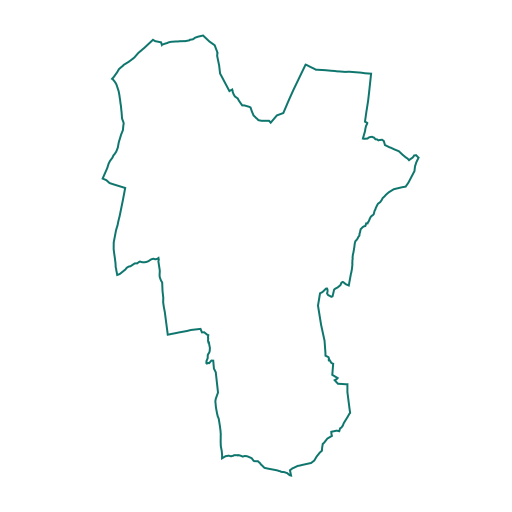 the district of "Evje og Hornnes" nor, Aust-Agder, Norway, rotated 93°
{"feature_id": "86288312B17252919876128", "entity_name": "\"Evje og Hornnes\" nor", "entity_type": "district", "adm_level": 2, "iso_a3": "NOR", "parent_name": "Norway", "parent_adm1": "Aust-Agder", "projection": "robinson", "projection_center": [7.751, 58.587], "detail": "fine", "context": "isolated", "style": "outline", "palette": "teal", "viewbox_px": 512, "rotation_deg": 93, "n_neighbors": 0, "source": "geoboundaries", "source_scale": "gbopen_adm2", "svg_char_len": 6067}
<svg xmlns="http://www.w3.org/2000/svg" viewBox="0 0 512 512"><g transform="rotate(93 256 256)"><path d="M374.2,290.1L394.3,286.8L400.7,288.7L403.2,289.0L409.1,288.1L410.5,287.8L415.1,286.7L418.2,285.8L420.0,284.9L420.9,284.6L427.5,283.2L432.9,282.2L433.6,282.2L435.3,281.9L443.0,281.6L446.6,281.3L448.1,281.1L452.6,280.0L456.7,279.4L459.8,279.3L459.4,278.7L457.5,275.9L457.1,273.9L456.8,273.0L457.3,270.6L457.3,270.3L456.9,269.4L456.8,268.5L456.2,267.7L456.0,266.9L456.0,265.6L455.9,263.9L456.1,263.6L455.8,263.3L455.8,262.7L456.4,260.4L457.0,258.8L456.3,256.7L456.4,254.7L456.7,253.6L458.1,249.8L460.7,247.6L461.0,246.5L460.9,244.1L460.8,243.4L462.9,240.9L463.8,240.3L465.2,238.6L467.1,236.5L467.7,232.9L468.9,224.1L469.1,223.1L469.5,221.9L469.7,220.5L470.2,219.6L470.3,218.7L470.3,216.9L470.4,216.3L471.2,213.4L471.9,212.6L473.1,210.9L473.4,209.5L468.2,210.9L466.8,209.2L466.3,208.7L465.8,207.8L465.6,207.3L463.4,203.3L463.2,202.1L462.8,200.7L462.4,199.5L459.8,190.1L457.2,187.1L453.0,184.9L452.2,184.3L450.0,182.7L449.2,182.2L447.0,180.0L443.9,179.9L440.1,179.5L439.8,179.1L439.0,178.3L434.6,175.2L431.7,170.8L429.1,171.5L427.6,171.6L426.3,166.7L426.2,166.1L426.6,163.7L423.7,163.0L422.8,161.7L421.8,161.1L420.8,160.4L418.5,159.7L414.8,157.7L412.1,156.2L408.7,154.5L407.8,153.8L401.5,155.0L387.1,157.6L379.3,158.0L379.4,158.9L379.3,163.6L379.3,167.5L375.9,170.9L374.7,169.0L373.6,168.1L370.7,173.6L359.6,173.3L359.5,173.8L358.6,175.4L357.7,176.0L357.4,176.0L356.5,176.8L356.0,177.1L356.5,177.7L356.4,177.8L356.1,177.9L355.8,177.7L355.6,177.8L355.4,177.6L355.2,177.6L354.9,177.8L354.4,177.8L353.2,178.4L351.9,181.4L349.1,181.6L337.1,183.1L321.3,187.4L302.3,191.5L289.9,190.1L288.7,188.0L288.1,187.3L284.9,184.4L284.8,184.1L284.8,183.3L286.1,182.8L287.8,182.7L289.6,183.1L291.3,181.9L292.0,180.2L292.8,178.7L292.3,177.5L289.4,176.9L285.8,176.3L285.1,175.9L284.4,175.0L283.1,172.8L280.6,170.1L278.4,169.4L277.4,168.2L277.5,167.6L277.9,167.0L279.5,164.8L280.6,161.8L268.3,160.2L267.2,159.9L265.7,159.8L264.9,159.6L261.7,159.4L259.4,159.3L258.1,159.5L258.0,159.4L255.3,159.5L253.4,159.3L252.5,159.5L249.5,159.3L247.4,158.9L245.6,158.7L245.2,158.6L243.5,158.5L242.2,158.3L238.1,158.0L236.0,157.5L234.2,156.0L232.9,155.3L231.8,154.9L230.2,153.8L228.4,153.8L227.1,153.4L223.8,152.9L222.7,151.9L221.6,151.0L220.7,149.7L220.4,148.4L219.0,148.0L217.7,147.7L217.6,146.3L216.9,146.2L216.5,146.0L216.4,145.8L215.8,145.4L214.8,145.0L214.4,144.9L213.6,144.5L212.9,144.4L210.8,143.4L209.6,142.3L209.5,141.9L208.7,141.1L208.0,140.6L204.9,140.0L203.1,139.2L201.8,138.9L199.0,137.7L197.4,136.9L195.8,134.9L193.9,133.6L191.5,132.5L189.8,130.8L188.6,129.9L187.4,128.8L185.4,126.7L182.1,121.9L179.7,113.8L178.9,110.2L174.9,107.7L162.9,102.2L158.2,101.9L154.0,100.8L149.3,98.8L148.2,100.1L147.7,100.6L146.9,101.5L147.2,102.3L147.3,103.3L148.8,104.2L149.6,104.8L151.4,107.2L152.3,108.2L150.8,109.7L149.4,112.0L148.6,113.0L147.4,114.7L143.9,118.8L142.3,123.4L140.8,127.0L140.3,128.9L139.8,129.7L139.7,130.2L139.0,131.7L138.6,132.8L138.5,133.0L134.5,134.4L133.3,136.2L133.8,139.0L134.1,139.9L133.3,141.1L133.2,141.6L133.2,142.8L131.6,144.3L131.2,145.7L130.9,146.5L131.5,149.1L132.9,150.9L133.3,154.2L133.1,155.4L125.8,153.7L122.9,153.4L120.3,152.9L118.0,151.9L117.2,151.9L116.5,153.5L116.4,153.9L116.1,154.2L106.0,153.3L95.6,152.2L87.8,151.7L67.9,150.6L67.9,151.7L67.8,156.8L67.4,160.9L67.2,169.2L67.1,172.6L67.5,176.5L67.3,183.3L67.4,184.2L67.2,186.3L67.1,188.2L67.1,190.2L66.8,197.0L66.8,206.0L66.0,207.6L64.3,211.7L62.5,215.7L62.3,216.5L88.1,227.3L98.4,231.3L111.8,236.2L114.5,242.5L122.1,248.3L120.3,250.0L120.7,257.5L120.2,260.8L119.2,261.7L118.0,263.3L117.1,264.2L115.8,265.8L111.6,267.8L108.0,269.2L107.4,270.5L106.2,275.7L106.3,277.7L101.8,281.2L99.6,282.5L99.1,283.3L97.8,285.4L95.7,286.8L93.3,287.9L92.2,288.0L91.0,288.5L91.4,289.0L91.8,289.9L92.7,291.2L78.3,299.8L75.7,301.4L67.6,302.8L58.1,305.3L57.1,305.2L56.5,305.3L55.8,305.1L55.3,305.3L55.0,305.1L47.7,308.3L44.2,313.8L38.6,320.4L39.9,325.0L41.2,328.3L42.2,329.4L42.9,330.4L43.4,332.6L43.4,333.1L44.1,333.8L45.1,337.7L45.5,343.1L45.9,345.6L46.0,347.6L46.6,352.3L47.3,354.7L47.9,355.6L48.5,357.4L49.5,359.9L49.8,360.7L50.2,361.0L47.6,362.0L46.7,368.0L45.5,370.2L54.6,379.0L55.5,380.1L56.1,380.6L59.2,384.0L64.3,388.0L68.7,393.2L72.1,398.2L73.1,398.9L74.2,400.2L76.5,402.6L80.0,404.4L82.6,406.1L84.4,407.2L86.6,409.0L87.1,408.1L87.9,407.5L88.8,406.6L91.2,404.8L92.9,404.0L98.6,401.8L102.7,400.8L104.9,400.4L107.6,399.8L108.6,399.7L113.5,398.7L118.2,398.0L119.1,397.8L125.5,397.0L125.9,396.9L129.1,395.5L130.3,395.1L131.0,395.1L132.5,395.3L137.3,395.5L140.5,396.6L141.6,397.0L149.7,399.0L155.1,399.7L159.2,401.1L160.9,402.1L162.0,402.8L162.9,403.6L165.3,404.5L168.6,406.7L171.2,407.9L176.1,409.2L186.7,413.2L188.1,409.4L190.8,406.1L191.8,402.5L194.9,390.2L206.8,391.8L223.5,394.3L225.9,394.8L229.2,395.4L232.2,395.8L237.5,397.1L249.9,398.8L256.7,398.5L260.6,397.8L266.2,396.7L270.8,395.9L273.7,395.6L275.1,395.4L276.1,395.0L278.0,394.7L278.5,394.5L282.2,393.6L281.1,391.1L276.2,385.6L275.2,385.0L274.3,384.2L273.2,382.5L272.8,380.8L269.8,376.8L269.6,375.3L269.6,374.3L268.3,372.8L267.6,371.6L268.1,369.8L268.2,367.6L267.7,365.2L266.9,363.3L264.9,360.6L264.3,359.0L264.1,358.1L264.5,356.8L264.5,356.0L264.0,354.4L263.1,353.3L264.7,352.9L266.5,353.2L275.2,351.4L276.2,351.3L279.8,351.3L281.8,351.1L283.9,350.3L285.4,349.6L287.4,348.3L296.0,347.5L302.6,346.4L307.0,346.3L311.2,345.5L316.9,344.1L339.2,340.0L338.8,338.3L338.4,337.0L337.5,333.2L336.3,328.7L334.5,321.0L333.3,317.2L331.7,307.6L335.1,306.0L334.9,303.7L337.3,300.4L337.5,299.5L340.1,299.7L341.0,299.4L342.9,299.5L344.9,299.0L344.8,298.5L347.6,297.9L349.8,297.3L351.0,297.2L352.6,297.3L352.9,297.2L354.4,297.5L355.5,298.0L356.1,298.5L356.8,298.6L357.4,299.0L360.6,298.9L363.3,299.9L363.9,300.0L364.6,299.9L365.0,300.0L365.4,300.0L365.8,299.8L366.0,299.5L365.9,299.2L365.6,298.8L365.3,298.2L365.5,297.4L365.5,297.2L362.8,295.1L362.7,294.8L362.7,294.2L362.9,293.7L363.1,293.4L363.0,293.2L370.7,292.1L374.2,290.1Z" fill="none" stroke="#0f766e" stroke-width="2"/></g></svg>